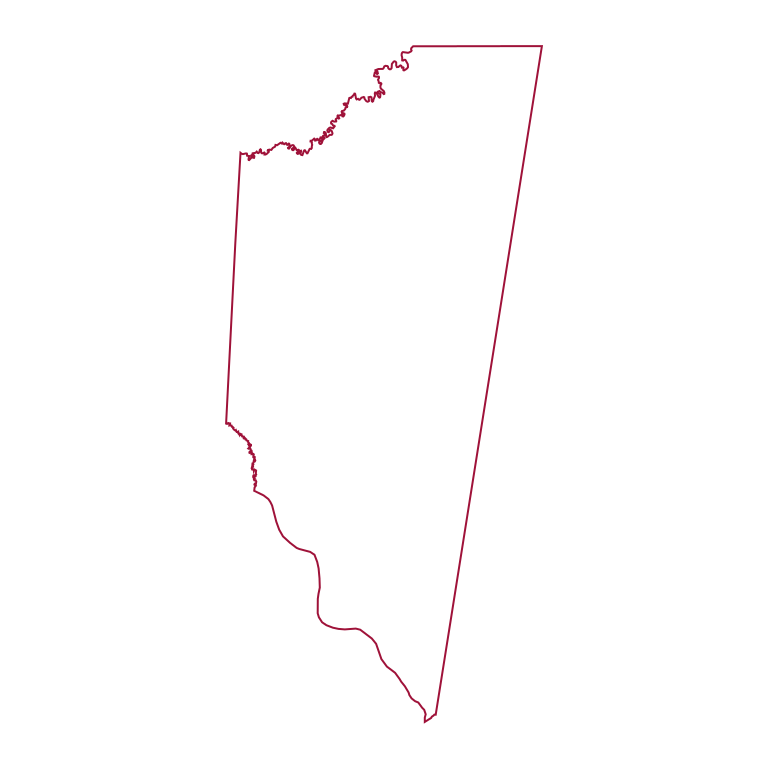 outline of Leticia, Amazonas, Colombia
{"feature_id": "7082276B43275073099169", "entity_name": "Leticia", "entity_type": "district", "adm_level": 2, "iso_a3": "COL", "parent_name": "Colombia", "parent_adm1": "Amazonas", "projection": "robinson", "projection_center": [-70.12, -3.618], "detail": "fine", "context": "isolated", "style": "outline", "palette": "rose", "viewbox_px": 768, "rotation_deg": 0, "n_neighbors": 0, "source": "geoboundaries", "source_scale": "gbopen_adm2", "svg_char_len": 6011}
<svg xmlns="http://www.w3.org/2000/svg" viewBox="0 0 768 768"><path d="M254.2,490.8L263.6,495.4L268.4,499.1L270.3,501.9L272.1,505.5L276.3,521.7L279.2,529.7L283.0,536.4L290.0,542.8L296.6,547.9L299.3,549.0L310.2,551.9L314.5,554.8L317.2,561.9L318.6,568.4L319.5,578.3L319.8,587.6L318.5,593.8L317.8,598.8L317.7,613.3L318.9,617.3L322.1,622.3L326.4,625.2L332.9,627.7L338.5,628.9L344.8,629.4L355.8,628.6L360.2,629.7L371.8,638.5L376.1,643.8L381.4,659.1L386.9,666.6L395.1,672.8L399.6,679.0L401.2,681.7L404.9,686.3L408.6,692.5L409.4,695.1L411.6,698.4L415.1,701.2L418.3,702.5L422.1,707.7L424.2,709.8L425.7,714.3L424.8,717.6L424.8,721.9L431.2,717.9L431.8,716.7L433.5,715.6L434.4,714.6L435.7,714.7L541.9,46.1L413.1,46.3L411.2,48.3L411.1,49.6L411.6,50.5L411.2,51.3L409.0,52.5L408.0,52.8L402.9,52.1L402.2,52.6L401.7,53.8L401.6,55.3L402.2,57.6L402.2,60.4L403.1,60.6L404.3,59.8L405.4,59.9L407.8,64.2L408.0,67.1L407.2,68.3L405.8,69.4L404.1,70.4L403.5,70.3L403.3,70.0L403.5,67.6L403.1,67.3L401.9,67.6L401.3,65.8L400.5,65.4L399.8,65.7L398.4,67.0L396.9,67.1L396.2,65.4L396.2,62.5L395.6,61.7L394.6,61.3L393.7,61.6L391.9,63.9L391.6,68.1L390.7,69.2L389.7,69.3L388.8,68.8L388.2,68.0L388.0,66.7L387.5,66.1L385.5,65.8L384.3,66.4L383.6,68.1L382.8,68.9L378.4,69.0L375.4,70.2L375.6,70.8L377.4,71.3L377.9,73.4L377.1,74.1L375.7,72.4L374.8,72.5L374.0,75.9L374.2,76.2L376.5,76.7L378.7,76.6L379.0,77.0L379.0,78.0L378.0,79.8L378.7,81.4L378.8,82.8L379.5,83.3L380.7,82.9L381.3,83.5L381.4,83.9L380.4,85.8L380.5,87.8L381.1,88.8L383.8,91.1L384.4,92.6L384.3,93.9L383.8,94.1L382.6,92.9L380.5,92.0L379.5,91.0L377.8,91.7L377.4,92.5L377.6,93.0L380.0,93.9L380.4,94.6L380.2,96.9L380.0,97.4L379.4,97.6L378.4,96.6L376.4,92.7L375.1,92.5L374.8,93.2L375.0,95.9L373.4,99.8L373.2,101.1L372.5,101.7L372.0,101.4L371.7,100.8L371.5,97.4L370.6,96.8L368.6,97.2L369.0,101.0L368.1,101.6L367.4,101.7L366.2,101.0L364.5,98.7L364.3,97.3L363.7,97.0L361.5,97.7L359.6,99.8L359.0,99.7L358.0,98.8L356.7,99.4L356.0,98.5L355.2,94.0L354.9,93.6L354.4,93.6L353.9,94.8L352.7,95.8L352.5,96.7L351.5,96.9L350.9,98.0L349.9,97.8L349.3,98.0L347.9,103.6L344.5,103.4L343.7,103.8L344.0,104.8L347.0,105.6L347.3,106.4L347.1,107.1L345.6,107.4L345.2,109.1L343.7,110.7L342.0,111.0L341.6,111.7L341.9,112.6L344.4,113.6L344.5,114.6L343.7,116.1L343.2,116.5L342.4,116.3L342.6,114.5L342.2,114.1L340.6,115.2L338.8,115.6L337.8,115.4L337.5,115.8L337.5,116.4L338.9,117.6L339.2,118.3L338.8,118.6L337.5,117.8L335.8,119.1L335.7,119.6L336.3,121.1L336.1,121.5L334.1,121.6L332.5,120.8L331.3,121.8L331.0,122.8L331.2,123.6L332.3,124.1L333.1,125.6L334.5,125.8L334.7,126.3L333.1,128.3L330.4,127.5L329.4,127.8L327.6,129.6L327.3,130.7L327.9,131.9L328.7,132.2L329.4,131.5L329.8,130.0L330.3,129.9L331.2,130.4L331.8,131.2L332.5,133.3L332.1,134.5L331.4,134.9L329.7,134.9L327.4,136.9L326.7,137.1L326.1,136.0L325.8,133.1L324.7,132.0L324.1,132.0L323.8,133.0L325.0,133.9L325.0,134.6L324.6,135.2L323.1,135.8L322.9,136.3L323.1,137.1L324.4,137.5L324.6,138.2L322.8,140.0L321.8,143.0L320.8,144.0L320.2,144.0L319.4,143.4L319.1,142.3L322.2,139.8L322.3,139.0L321.1,137.3L320.5,137.4L320.2,138.4L318.8,140.3L318.1,140.2L317.6,139.0L317.2,138.8L316.5,139.4L315.9,140.5L315.1,140.6L314.7,139.0L314.2,138.6L312.8,139.9L311.3,140.9L310.6,140.8L310.5,141.5L311.5,141.7L311.9,142.2L311.8,143.5L312.2,144.9L311.8,146.2L311.8,148.0L311.2,148.9L310.1,148.7L309.6,149.0L307.5,153.3L307.0,153.4L306.6,153.0L305.0,150.3L304.7,150.2L304.1,150.5L302.4,155.1L301.2,154.9L300.6,154.0L300.6,153.0L301.2,151.2L301.0,150.7L300.3,151.0L298.8,153.6L297.6,153.9L296.9,153.3L296.8,152.8L298.6,151.3L298.9,150.7L298.8,149.9L298.3,149.7L297.4,150.2L296.7,150.2L295.4,147.8L294.6,148.4L293.5,150.1L292.6,150.1L292.0,149.6L292.0,148.8L294.1,147.1L294.1,146.2L293.5,145.3L292.8,145.1L291.5,145.5L290.6,146.3L289.3,148.5L288.6,148.6L288.1,148.3L288.0,147.8L289.3,146.9L289.5,144.4L289.2,143.7L288.7,143.6L288.0,144.5L287.2,144.9L286.2,143.2L285.4,143.2L284.6,144.2L284.1,144.2L282.4,142.6L281.9,143.6L280.5,142.8L277.1,145.2L275.5,144.9L275.1,146.6L272.7,148.0L271.4,149.9L269.4,149.6L267.9,150.0L267.7,150.7L268.8,151.2L268.8,151.9L266.6,154.0L265.6,154.5L264.5,154.5L264.7,152.9L264.3,152.5L262.7,153.3L261.6,153.2L261.1,152.1L261.0,149.9L260.5,149.3L259.9,149.7L259.3,152.1L258.5,153.1L257.8,153.0L256.7,151.6L255.6,152.8L252.6,153.3L252.5,153.9L253.6,154.9L254.4,156.2L254.1,157.8L253.2,157.8L252.0,155.5L251.4,155.3L251.1,155.9L251.2,157.9L249.2,160.1L248.7,160.0L248.5,159.4L249.1,156.0L247.1,155.7L246.9,153.6L246.1,153.4L242.9,154.1L241.7,153.8L240.5,152.8L235.3,243.4L226.1,423.6L227.0,423.9L227.8,423.6L228.2,423.0L229.5,423.4L229.4,424.8L230.1,424.2L230.1,425.5L231.6,425.6L231.9,426.8L232.6,426.9L233.5,427.7L233.1,428.5L234.1,429.7L235.4,430.6L235.9,430.1L236.7,432.0L237.6,432.1L238.2,431.7L238.3,433.4L239.2,434.5L239.8,433.6L240.5,433.9L240.4,434.7L240.9,434.2L241.5,434.3L241.5,435.3L241.9,435.5L242.1,436.4L243.9,436.6L244.1,437.2L243.6,437.8L243.7,438.4L244.2,438.5L244.8,437.9L245.6,438.7L245.6,439.4L246.3,439.5L246.5,440.4L248.1,441.0L247.9,441.8L248.8,442.7L248.3,444.2L249.0,444.5L248.9,445.5L249.5,445.6L250.1,445.1L250.1,444.6L249.4,444.4L249.7,444.0L251.0,444.8L251.0,445.6L248.3,448.5L248.9,448.8L250.0,448.0L250.8,449.5L250.7,450.8L249.4,452.1L249.4,452.8L249.8,453.0L251.2,452.4L251.1,451.1L251.6,451.0L251.9,453.0L251.6,454.2L252.0,454.2L252.5,453.5L253.6,454.1L253.8,454.5L253.3,456.0L253.3,457.3L253.9,457.8L254.3,456.8L254.8,457.1L253.8,460.7L254.6,460.8L255.2,460.2L255.3,460.5L254.8,461.5L253.7,461.9L253.3,463.1L252.5,463.4L252.4,464.7L253.1,464.4L253.3,464.6L252.8,465.3L253.1,466.8L252.7,467.0L252.1,466.7L251.7,468.2L252.4,468.7L252.0,469.1L252.1,469.5L253.8,469.7L253.9,471.0L254.6,469.6L256.1,470.5L255.8,473.5L256.2,474.6L255.6,475.3L255.6,476.1L253.9,476.4L253.8,475.3L253.4,475.5L253.2,476.3L253.3,477.4L254.7,478.2L253.9,478.9L253.9,479.6L254.4,480.4L255.6,480.2L256.3,481.6L255.8,484.4L255.4,484.6L254.7,483.9L254.4,484.3L254.5,484.8L255.8,485.8L254.6,487.4L254.2,490.8Z" fill="none" stroke="#9f1239" stroke-width="2"/></svg>